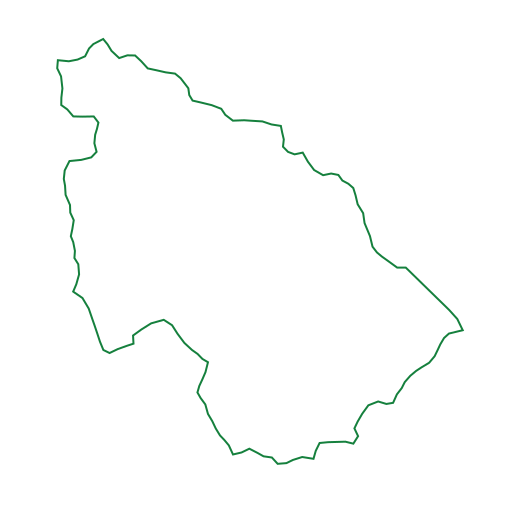 outline of Camboriú, Santa Catarina, Brazil, rotated 94°
{"feature_id": "56859067B78577950079276", "entity_name": "Camboriú", "entity_type": "district", "adm_level": 2, "iso_a3": "BRA", "parent_name": "Brazil", "parent_adm1": "Santa Catarina", "projection": "mercator", "projection_center": [-48.711, -27.063], "detail": "fine", "context": "isolated", "style": "outline", "palette": "green", "viewbox_px": 512, "rotation_deg": 94, "n_neighbors": 0, "source": "geoboundaries", "source_scale": "gbopen_adm2", "svg_char_len": 2098}
<svg xmlns="http://www.w3.org/2000/svg" viewBox="0 0 512 512"><g transform="rotate(94 256 256)"><path d="M315.6,44.6L304.8,50.8L296.4,59.5L257.1,105.8L257.7,114.4L253.2,121.6L247.7,130.5L244.0,135.6L238.6,140.4L228.2,143.7L215.6,150.0L205.8,152.1L197.3,158.2L188.6,160.9L181.4,163.7L177.5,168.9L174.7,175.1L169.4,179.5L168.5,186.8L170.7,194.7L166.2,204.0L158.3,210.8L149.6,216.6L151.9,224.6L149.9,231.3L145.1,236.7L137.8,236.4L131.0,238.5L124.5,240.3L123.7,249.7L121.3,259.0L121.4,270.2L121.4,277.2L122.6,288.5L117.3,296.5L111.6,300.9L108.6,310.7L106.7,321.8L105.4,330.1L100.1,333.8L93.4,335.2L83.9,343.6L79.7,349.5L79.1,358.9L77.7,368.0L76.4,377.1L69.7,384.1L64.4,390.6L64.8,398.3L68.1,406.3L61.5,414.4L55.3,418.8L50.2,423.6L55.9,433.0L60.6,437.0L68.7,440.4L72.5,447.7L74.8,456.3L74.5,467.3L82.6,467.4L90.4,463.0L102.4,460.8L111.6,461.2L119.0,460.8L122.9,454.5L129.5,448.0L129.1,439.1L128.1,427.6L133.9,422.5L140.2,423.5L146.3,424.9L154.8,425.1L163.2,422.3L169.1,427.2L172.3,437.0L174.3,448.7L184.0,452.8L192.5,453.1L199.2,451.4L208.3,450.2L218.1,445.1L225.7,444.3L233.0,440.3L241.9,441.1L249.2,442.1L254.9,439.3L263.5,437.0L270.7,437.0L276.6,432.7L286.7,431.2L296.8,433.3L304.3,435.9L310.0,426.2L320.1,419.2L330.5,414.8L336.3,412.3L344.2,409.0L352.3,405.7L360.4,401.7L363.0,395.3L358.5,387.4L354.5,378.3L352.0,372.1L343.9,373.1L337.3,365.2L330.5,355.9L326.1,343.6L330.9,334.9L339.0,328.9L347.7,321.4L354.2,313.3L357.8,307.4L362.4,302.3L365.3,296.5L375.4,298.3L382.8,300.9L389.6,303.5L396.2,304.9L401.6,301.3L407.6,296.2L416.9,292.9L423.8,288.1L430.9,284.1L437.5,279.4L441.9,274.6L446.8,269.9L455.6,265.1L453.0,256.7L448.7,249.2L452.4,240.6L455.3,234.5L455.9,226.1L461.8,219.9L460.5,211.2L456.9,205.0L453.3,195.9L454.3,184.5L446.2,182.8L438.1,179.5L436.7,171.1L435.8,161.9L435.0,153.9L436.4,145.8L428.6,141.6L421.1,145.8L414.0,143.0L405.9,139.0L397.1,133.5L392.6,124.0L394.5,115.6L392.9,109.0L384.2,105.8L377.6,101.4L371.4,98.8L364.7,93.7L359.5,88.3L355.6,83.2L350.4,75.8L343.5,70.8L337.3,68.3L331.3,66.0L324.7,62.7L319.9,58.1L315.6,44.6Z" fill="none" stroke="#15803d" stroke-width="2"/></g></svg>